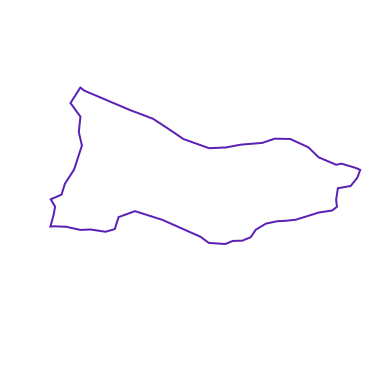 Gagnef, Dalarna, Sweden (Equal Earth projection), rotated 23°
{"feature_id": "70781695B69393603078099", "entity_name": "Gagnef", "entity_type": "district", "adm_level": 2, "iso_a3": "SWE", "parent_name": "Sweden", "parent_adm1": "Dalarna", "projection": "equal_earth", "projection_center": [14.938, 60.467], "detail": "fine", "context": "isolated", "style": "outline", "palette": "violet", "viewbox_px": 384, "rotation_deg": 23, "n_neighbors": 0, "source": "geoboundaries", "source_scale": "gbopen_adm2", "svg_char_len": 856}
<svg xmlns="http://www.w3.org/2000/svg" viewBox="0 0 384 384"><g transform="rotate(23 192 192)"><path d="M48.4,139.5L45.4,157.6L59.9,166.3L64.4,181.1L72.5,192.2L74.7,217.4L71.8,233.9L72.9,245.4L64.8,253.9L71.7,259.0L73.5,266.8L75.2,279.2L78.1,277.6L89.7,273.2L104.1,270.5L113.4,266.1L127.9,262.4L135.4,256.3L134.2,243.8L147.0,231.9L175.9,229.2L217.5,229.9L227.3,232.3L242.9,226.9L248.7,221.1L257.4,217.1L259.1,215.3L263.7,210.7L265.4,201.9L272.4,192.2L282.2,185.4L289.1,182.1L298.3,177.0L316.8,161.3L328.3,154.2L331.2,148.9L327.7,142.8L324.8,131.5L335.7,124.5L338.6,114.1L338.2,105.9L332.9,105.9L318.5,107.5L314.0,110.6L295.1,110.6L281.6,105.4L261.7,104.8L247.3,110.6L237.4,119.4L218.5,129.3L205.9,137.7L190.6,145.0L163.5,146.6L144.6,142.9L127.4,139.8L103.1,140.8L76.9,140.8L53.5,140.8L48.4,139.5Z" fill="none" stroke="#5b21b6" stroke-width="2"/></g></svg>